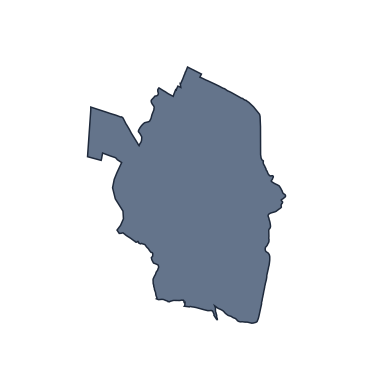 the district of Magureni, Prahova, Romania, rotated 219°
{"feature_id": "2599482B49978352141893", "entity_name": "Magureni", "entity_type": "district", "adm_level": 2, "iso_a3": "ROU", "parent_name": "Romania", "parent_adm1": "Prahova", "projection": "robinson", "projection_center": [25.724, 45.056], "detail": "fine", "context": "isolated", "style": "filled", "palette": "slate", "viewbox_px": 384, "rotation_deg": 219, "n_neighbors": 0, "source": "geoboundaries", "source_scale": "gbopen_adm2", "svg_char_len": 5957}
<svg xmlns="http://www.w3.org/2000/svg" viewBox="0 0 384 384"><g transform="rotate(219 192 192)"><path d="M223.8,294.1L226.1,293.6L228.2,293.0L231.7,292.8L232.6,292.4L233.5,292.1L237.7,291.3L242.0,290.3L250.0,288.3L251.6,287.8L255.2,287.0L258.1,286.2L258.9,289.6L274.1,286.3L272.6,281.5L272.7,281.2L272.2,279.8L272.1,279.7L271.9,279.3L271.6,277.8L270.4,274.3L269.0,269.1L269.5,268.9L266.5,266.2L269.6,265.4L268.7,261.9L268.4,261.4L269.1,261.3L268.9,260.6L267.7,256.8L266.8,254.5L272.4,253.4L275.9,253.1L278.3,252.7L283.2,252.1L283.2,251.4L283.1,250.5L282.9,249.8L281.6,248.4L280.6,247.8L280.1,247.3L279.8,246.7L279.6,245.8L279.6,245.5L279.8,245.0L280.1,244.3L280.5,243.9L280.9,243.5L281.2,243.0L281.2,242.2L281.1,241.4L281.3,240.1L281.4,238.0L281.2,237.3L280.7,236.7L280.1,236.2L279.3,235.8L277.9,235.2L276.1,234.8L275.2,234.4L274.5,233.8L274.0,232.8L273.4,232.0L273.2,231.5L272.0,227.6L271.7,226.7L270.1,223.3L269.9,222.1L269.6,220.9L269.6,220.4L269.7,219.9L270.1,219.1L270.7,218.3L272.3,216.2L272.5,215.7L272.8,214.2L272.9,212.9L273.0,212.1L272.9,209.9L272.8,208.7L272.5,207.4L272.4,206.6L272.2,206.1L272.0,205.6L271.7,205.3L271.4,205.1L269.4,204.7L266.4,203.5L265.8,203.2L265.1,202.4L263.6,200.2L263.3,199.4L263.1,198.8L263.0,198.4L262.8,196.4L262.3,194.7L263.5,195.0L265.2,195.7L276.4,199.6L277.5,200.1L280.3,201.3L284.6,202.9L286.5,203.5L287.3,203.9L292.2,206.1L293.3,206.1L293.9,206.1L294.2,205.9L294.4,205.6L294.9,205.3L299.5,203.8L305.1,201.5L309.2,200.0L317.0,197.0L324.1,194.3L322.4,192.2L320.2,189.1L309.5,173.8L295.4,153.7L282.5,159.4L283.3,161.1L283.8,162.0L286.0,166.0L278.2,168.6L273.4,170.4L272.4,170.5L270.3,170.1L265.2,170.6L262.5,159.8L260.4,152.9L256.4,145.3L247.3,138.4L233.6,133.7L228.4,128.0L226.5,121.1L226.3,115.2L222.5,114.0L221.2,115.2L220.0,116.8L217.3,116.9L216.9,116.8L215.0,116.9L210.8,117.4L206.2,117.6L205.1,117.8L204.7,117.6L204.0,117.7L203.8,117.8L203.3,118.5L203.2,119.1L202.9,119.6L202.6,119.5L201.7,119.0L201.1,118.8L200.3,119.1L199.8,119.1L199.5,119.2L199.0,119.8L198.7,120.4L198.0,120.5L196.1,121.3L195.5,121.5L192.7,120.7L191.9,120.6L190.5,120.5L189.4,120.2L188.3,119.8L187.4,119.6L186.4,119.4L185.8,119.3L185.4,119.5L184.9,119.8L184.4,119.8L183.6,119.3L182.3,117.5L182.2,117.3L182.2,116.9L182.3,115.6L182.3,115.4L180.5,114.0L177.5,112.7L177.1,112.6L176.8,112.7L176.3,112.9L173.6,113.7L172.3,113.9L171.6,113.4L170.8,112.8L170.5,112.4L170.0,110.7L169.6,109.8L169.5,109.5L169.5,107.7L169.4,107.4L169.0,106.0L168.6,105.3L168.5,104.6L168.2,102.8L167.5,100.1L167.0,99.2L165.8,97.9L164.7,96.6L164.4,96.3L163.3,95.6L162.1,94.4L160.8,93.6L159.7,92.5L157.3,91.1L156.7,90.6L155.2,89.2L154.6,88.8L152.7,87.7L152.4,87.3L152.3,86.9L152.4,86.6L151.3,86.9L150.2,87.3L148.0,89.5L146.9,90.3L146.0,90.7L144.7,91.0L142.4,91.8L142.0,91.8L141.5,91.7L141.1,92.2L140.4,92.5L140.3,92.9L139.9,93.7L139.0,94.9L138.6,95.6L137.7,96.5L133.3,99.9L131.8,101.7L131.2,101.9L130.9,102.3L130.6,102.5L130.3,102.5L129.8,102.3L129.3,101.7L128.4,101.1L128.1,101.1L127.9,101.7L126.6,99.9L126.1,98.7L126.1,98.4L121.7,101.1L121.7,101.4L121.2,102.0L119.8,102.7L118.0,103.8L115.9,104.9L108.5,108.1L105.1,109.7L104.5,110.2L103.7,110.9L103.4,111.1L103.2,111.4L102.7,111.9L102.4,112.1L101.5,112.2L101.2,112.5L98.2,111.0L97.7,110.5L97.4,110.0L95.0,109.2L94.5,109.1L93.4,108.7L92.2,108.5L92.0,108.8L92.9,109.7L93.7,110.0L94.2,110.4L94.7,111.1L95.3,111.8L96.3,112.4L97.3,113.2L98.5,113.9L100.2,115.9L100.5,116.4L100.9,116.8L102.7,117.8L98.5,118.0L95.7,118.8L93.9,119.1L92.5,119.2L90.4,118.8L89.3,118.7L86.5,118.8L85.8,119.0L85.1,119.3L84.7,119.4L83.4,120.0L81.8,120.1L80.7,120.3L79.3,120.8L78.7,121.0L76.8,120.9L75.9,120.6L75.4,120.6L74.3,120.8L72.7,121.5L72.2,121.9L71.5,122.7L70.8,123.1L69.0,124.2L67.1,125.7L63.1,127.6L62.1,128.5L60.9,130.1L60.4,130.8L60.0,131.8L59.9,132.3L60.5,134.2L60.8,135.3L61.8,137.5L67.5,148.8L68.5,150.0L69.1,151.5L70.5,153.9L71.0,155.0L71.8,156.4L72.2,157.3L73.7,160.0L74.6,161.8L75.6,163.7L76.1,164.4L76.8,166.0L77.3,166.8L78.6,169.7L79.3,171.1L80.4,173.0L81.0,173.7L81.6,174.6L82.1,175.7L82.6,176.7L83.9,179.3L84.4,180.4L84.7,180.8L84.8,181.2L85.2,181.7L85.8,183.2L86.9,185.1L88.4,187.5L88.8,188.1L90.4,190.1L91.0,190.8L91.9,191.5L92.5,191.9L93.3,192.2L94.5,192.5L95.5,192.4L96.1,192.3L97.1,192.3L97.5,192.4L98.4,192.9L99.2,193.7L99.4,193.9L99.5,194.2L99.8,194.7L100.1,195.3L100.1,195.7L100.0,196.6L100.0,197.4L100.1,198.3L100.5,199.6L100.6,200.8L101.1,202.0L102.0,203.2L102.4,203.7L103.2,204.3L104.3,205.9L108.3,210.6L108.6,211.4L108.7,211.7L108.7,212.0L108.6,212.4L108.7,213.3L109.0,214.1L109.2,214.5L110.2,215.6L112.1,217.3L113.4,218.3L114.7,219.1L115.7,220.0L117.6,221.1L118.0,221.5L118.3,222.1L118.3,222.3L118.4,223.0L118.3,223.3L117.9,224.6L117.1,225.9L115.2,228.6L114.9,229.1L114.4,230.1L114.2,231.2L114.1,231.6L114.0,231.8L113.7,233.2L113.3,234.4L113.0,235.8L113.0,236.4L113.3,236.7L114.3,237.7L114.6,238.1L114.7,238.7L115.0,239.5L114.8,240.1L114.9,240.6L115.2,241.1L115.4,241.3L115.9,241.5L116.6,241.4L117.1,241.5L117.4,241.7L117.7,242.1L117.2,243.7L116.9,244.5L116.8,245.3L116.5,246.6L116.5,247.1L116.6,247.4L116.8,247.8L117.2,248.1L117.7,248.4L118.2,248.5L119.9,248.3L120.9,248.5L121.3,248.7L122.9,249.7L123.5,249.8L123.9,250.1L126.1,251.0L128.1,251.6L128.9,251.5L130.6,251.2L132.0,250.8L134.2,250.4L136.2,250.2L137.2,250.3L137.5,250.7L137.5,252.2L137.6,252.7L138.0,253.6L138.0,254.0L138.2,254.6L138.3,254.9L138.7,255.3L139.1,255.4L139.5,255.4L140.0,255.1L140.9,254.1L141.4,253.7L142.0,253.6L142.5,253.7L143.0,253.7L143.6,253.8L144.7,254.2L146.7,255.4L148.4,255.9L149.2,256.6L149.5,256.8L150.9,257.3L151.4,257.7L151.9,257.9L154.2,258.8L154.4,259.0L155.6,260.1L156.0,261.0L156.3,261.1L157.9,261.0L158.1,261.0L158.6,261.3L159.0,261.6L159.7,261.9L161.1,263.2L162.2,264.2L179.9,285.9L186.7,293.6L188.4,294.9L197.8,296.9L204.3,297.4L205.4,297.3L205.9,297.2L207.5,297.3L208.3,296.8L209.1,296.8L209.5,296.6L210.0,296.5L211.5,296.6L212.3,296.1L212.6,296.0L223.8,294.1Z" fill="#64748b" stroke="#1e293b" stroke-width="1.5"/></g></svg>